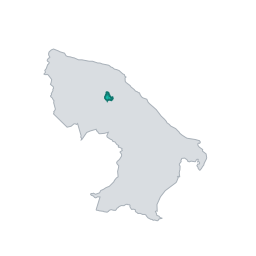 Huanta, Ayacucho, Peru (highlighted), rotated 163°
{"feature_id": "86281439B1534497598484", "entity_name": "Huanta", "entity_type": "district", "adm_level": 2, "iso_a3": "PER", "parent_name": "Peru", "parent_adm1": "Ayacucho", "projection": "albers", "projection_center": [-74.213, -12.61], "detail": "fine", "context": "in_parent", "style": "filled", "palette": "teal", "viewbox_px": 256, "rotation_deg": 163, "n_neighbors": 0, "source": "geoboundaries", "source_scale": "gbopen_adm2", "svg_char_len": 5690}
<svg xmlns="http://www.w3.org/2000/svg" viewBox="0 0 256 256"><g transform="rotate(163 128 128)"><path d="M183.1,75.1L183.1,75.8L182.2,76.1L181.4,75.6L180.2,75.8L178.4,74.1L174.2,74.3L172.3,76.2L169.5,76.5L166.4,77.4L162.9,77.7L157.4,80.6L156.2,81.9L153.7,83.6L151.7,84.2L150.6,89.6L148.7,92.8L147.9,94.5L149.0,97.1L148.9,98.4L147.8,99.4L146.9,99.6L145.0,100.7L142.3,103.1L141.8,104.9L142.7,107.3L142.4,107.6L140.1,108.1L140.2,109.4L139.7,110.0L141.6,111.9L142.7,112.4L142.7,112.9L142.6,113.4L142.1,113.6L142.1,114.0L143.5,115.5L144.5,118.4L146.5,119.8L146.5,120.7L147.1,121.7L148.1,122.4L150.5,125.3L150.6,126.7L148.0,129.7L152.2,129.8L156.8,130.8L157.4,131.3L158.0,132.8L158.0,133.7L158.9,134.4L158.8,136.1L164.9,136.2L168.8,135.8L175.2,130.7L176.2,130.3L175.6,131.4L175.5,132.2L175.9,133.1L175.1,134.4L174.9,147.0L176.0,146.4L177.5,147.6L178.6,147.7L182.0,146.3L186.0,146.6L195.1,163.3L194.2,164.4L194.3,165.3L193.1,166.0L191.9,167.3L191.7,173.9L190.8,175.8L191.3,176.9L191.7,179.0L192.6,180.3L192.8,181.1L192.7,181.4L191.4,182.1L191.3,183.3L188.9,185.6L188.5,187.1L187.6,187.7L187.4,189.4L189.4,192.4L188.1,194.1L186.8,196.7L188.8,202.1L189.6,202.9L190.5,202.9L191.9,203.4L192.6,204.2L190.9,205.2L190.6,205.6L190.7,207.4L188.8,208.7L186.3,212.1L185.7,212.2L184.4,213.2L184.2,213.7L184.4,214.2L185.4,215.3L185.5,216.5L183.7,218.0L182.5,218.1L182.0,218.6L182.5,220.6L182.4,221.6L182.0,222.7L181.1,223.9L178.5,225.1L176.1,225.3L172.1,222.1L170.8,220.8L166.8,218.1L166.2,215.3L164.9,214.0L162.4,212.9L160.4,211.5L159.0,210.8L155.3,207.6L152.0,206.6L145.8,203.3L142.4,202.2L138.1,199.1L135.8,198.3L133.9,196.8L128.3,193.8L127.4,192.8L126.5,191.3L125.2,190.4L123.8,188.3L121.7,187.1L119.7,185.5L117.1,181.2L115.9,180.2L115.8,178.2L115.0,177.3L116.2,176.7L117.0,173.6L116.6,172.1L113.6,168.0L113.1,166.3L110.9,163.1L110.1,161.2L108.4,159.8L107.7,158.7L106.7,158.2L106.7,156.7L106.0,153.9L105.0,152.5L101.6,150.0L101.3,147.1L100.5,145.2L95.6,137.3L92.8,129.7L90.4,125.4L89.4,123.0L89.3,121.7L87.5,119.4L86.6,117.4L82.6,113.5L80.3,109.1L80.0,107.8L78.4,105.4L75.8,102.3L74.6,101.0L67.0,97.3L63.4,95.0L63.0,93.8L63.1,93.1L63.9,92.4L65.0,92.9L65.6,92.7L66.1,91.8L66.1,90.5L65.4,88.8L62.9,85.6L63.5,84.1L60.9,80.4L61.4,76.7L61.9,75.7L65.5,71.9L66.5,70.3L68.0,69.3L69.6,67.8L71.5,66.6L72.0,66.9L72.7,68.9L72.6,70.2L73.2,71.7L71.9,73.1L70.4,72.8L69.9,73.2L69.7,73.8L69.9,74.8L70.3,75.2L71.4,75.2L70.0,77.2L70.1,77.6L71.1,77.9L72.1,77.4L73.1,76.3L73.7,76.1L77.4,77.9L79.1,77.7L80.5,78.5L80.6,79.9L82.5,82.6L85.3,83.2L85.7,83.0L86.3,82.0L86.9,81.8L87.0,80.3L89.4,78.6L89.7,77.5L89.4,76.7L89.4,76.1L90.7,72.5L91.2,72.1L91.6,71.0L92.1,70.3L92.8,66.3L93.5,66.3L94.1,67.2L94.9,66.9L94.5,66.1L94.6,65.7L97.2,62.5L98.0,61.8L110.7,57.2L117.1,52.7L122.7,46.3L124.4,39.9L125.1,40.4L126.2,40.2L125.8,37.7L126.0,36.4L126.0,36.1L124.2,34.6L123.5,32.9L121.9,31.9L122.0,31.6L123.7,31.9L125.1,31.8L126.4,30.7L127.3,30.8L129.4,32.2L131.0,32.4L131.5,33.4L133.0,34.1L135.2,36.3L136.2,38.7L136.1,39.2L137.1,40.4L139.2,41.0L141.3,42.8L143.4,43.3L144.4,44.9L145.0,45.4L145.3,46.3L144.9,47.4L145.2,48.0L146.8,48.9L148.2,49.0L148.5,49.4L149.2,52.1L148.7,53.4L148.9,54.1L150.7,54.8L151.2,55.4L152.6,55.5L154.6,54.9L157.1,55.8L159.1,55.5L159.9,55.3L160.8,54.7L161.6,54.7L163.6,53.1L164.1,52.9L166.2,53.7L168.0,54.9L170.1,54.7L171.0,54.0L172.6,53.6L175.5,55.0L176.1,55.7L176.8,55.9L179.9,57.3L180.4,57.9L182.0,58.5L182.3,58.9L182.2,59.4L174.9,70.2L177.1,71.1L179.2,70.6L180.2,71.3L181.0,73.1L182.6,74.3L183.1,75.1Z" fill="#d9dde1" stroke="#a8b0b8" stroke-width="1"/><path d="M136.3,166.8L136.3,167.0L136.2,167.1L136.3,167.3L136.5,167.3L136.5,167.6L136.6,167.8L136.7,168.0L136.8,168.1L137.0,168.2L137.0,168.3L137.4,168.4L137.7,168.6L137.8,168.5L138.0,168.5L138.0,168.4L138.3,168.2L138.5,168.1L138.5,167.9L138.6,167.7L138.5,167.4L138.4,167.4L138.5,167.3L138.4,167.3L138.4,167.2L138.3,166.9L138.2,166.8L138.2,166.7L138.3,166.5L138.5,166.5L138.5,166.4L138.6,166.5L138.8,166.6L139.0,166.7L139.3,166.5L139.4,166.4L139.5,166.3L139.7,166.2L139.8,165.9L139.7,165.7L139.8,165.4L139.9,165.2L140.0,165.2L140.3,165.1L140.5,165.0L140.8,165.0L140.9,164.8L140.9,164.7L141.0,164.6L141.0,164.4L141.2,164.2L141.2,163.9L141.3,163.7L141.4,163.4L141.4,163.1L141.2,163.1L141.2,162.9L141.2,162.7L141.0,162.3L141.0,162.2L140.9,161.9L140.9,161.7L140.7,161.7L140.5,161.4L140.4,161.4L140.2,161.1L140.0,160.9L140.0,160.7L139.9,160.6L140.0,160.3L139.9,160.2L139.9,159.9L139.8,160.0L139.8,160.3L139.7,160.3L139.4,160.3L139.3,160.2L139.2,160.2L139.1,160.3L138.9,160.3L138.7,160.4L138.6,160.6L138.5,160.8L138.4,160.9L138.3,160.7L138.2,160.7L138.2,160.8L137.9,160.7L137.7,160.7L137.4,160.6L137.4,160.4L137.3,160.2L137.2,160.2L136.9,160.0L136.9,159.9L136.7,159.9L136.6,159.7L136.6,159.8L136.4,159.7L136.4,159.8L136.2,159.6L136.2,159.4L136.0,159.2L135.9,159.2L135.7,159.2L135.7,159.3L135.6,159.5L135.7,159.8L135.6,160.0L135.6,160.3L135.4,160.4L135.4,160.5L135.2,160.5L135.2,160.4L134.9,160.2L134.9,160.3L134.7,160.3L134.5,160.5L134.4,160.6L134.2,160.6L133.9,160.4L133.8,160.5L133.7,160.7L133.7,160.8L133.7,161.0L133.7,161.3L133.8,161.2L133.9,161.3L134.0,161.5L134.1,161.8L134.2,161.7L134.3,161.8L134.2,162.0L134.3,162.1L134.5,162.1L134.9,162.1L135.0,162.1L135.3,162.1L135.4,162.3L135.5,162.3L135.4,162.5L135.5,162.6L135.5,162.8L135.5,163.0L135.7,163.3L135.7,163.5L135.8,163.5L136.0,163.7L136.1,163.8L136.3,163.8L136.2,163.9L136.1,164.0L136.2,164.4L136.3,164.4L136.3,164.6L136.2,164.7L136.1,164.8L136.0,165.0L136.2,165.3L136.3,165.3L136.4,165.2L136.5,165.2L136.5,165.3L136.7,165.5L136.7,165.8L136.6,166.0L136.4,166.2L136.4,166.3L136.3,166.2L136.2,166.3L136.2,166.5L136.3,166.6L136.3,166.8L136.3,166.8Z" fill="#14b8a6" stroke="#0f766e" stroke-width="1.5"/></g></svg>